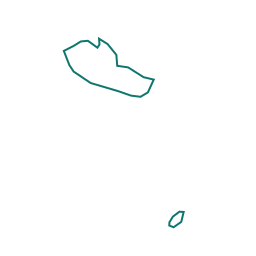 an SVG outline of Rum Cay, rotated 213°
{"feature_id": "BHS-5032", "entity_name": "Rum Cay", "entity_type": "District", "adm_level": 1, "iso_a3": "BHS", "parent_name": "The Bahamas", "parent_adm1": "", "projection": "orthographic", "projection_center": [-74.928, 23.749], "detail": "fine", "context": "isolated", "style": "outline", "palette": "teal", "viewbox_px": 256, "rotation_deg": 213, "n_neighbors": 0, "source": "natural_earth", "source_scale": "10m", "svg_char_len": 499}
<svg xmlns="http://www.w3.org/2000/svg" viewBox="0 0 256 256"><g transform="rotate(213 128 128)"><path d="M155.8,153.7L183.7,145.4L204.3,145.7L211.4,148.8L223.8,157.7L218.3,167.2L214.7,174.9L209.1,179.3L197.4,178.7L197.4,182.5L200.9,187.1L190.9,187.3L177.6,183.0L170.9,174.3L160.9,178.9L142.6,179.1L132.8,182.6L130.7,168.7L134.5,161.0L143.1,156.8L155.8,153.7ZM40.3,68.7L41.9,71.5L42.1,78.1L39.3,85.8L35.6,87.9L32.2,78.3L35.7,69.6L40.3,68.7Z" fill="none" stroke="#0f766e" stroke-width="2"/></g></svg>